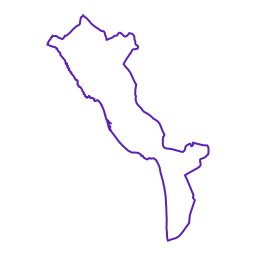 Aceh Selatan, Aceh, Indonesia (Albers equal-area conic projection)
{"feature_id": "22746128B12428400263117", "entity_name": "Aceh Selatan", "entity_type": "district", "adm_level": 2, "iso_a3": "IDN", "parent_name": "Indonesia", "parent_adm1": "Aceh", "projection": "albers", "projection_center": [97.405, 3.07], "detail": "fine", "context": "isolated", "style": "outline", "palette": "violet", "viewbox_px": 256, "rotation_deg": 0, "n_neighbors": 0, "source": "geoboundaries", "source_scale": "gbopen_adm2", "svg_char_len": 5619}
<svg xmlns="http://www.w3.org/2000/svg" viewBox="0 0 256 256"><path d="M47.7,43.8L47.5,44.7L52.5,46.6L53.5,46.9L54.2,46.9L55.2,47.2L56.2,47.8L56.4,48.1L56.3,48.5L56.4,48.8L56.6,48.8L57.0,48.6L57.3,48.8L57.7,50.2L58.2,51.1L58.7,51.7L59.6,52.3L60.1,52.7L60.4,53.9L60.3,54.8L60.5,55.1L60.8,55.3L61.5,56.3L62.2,56.9L63.7,59.0L64.2,59.4L65.0,60.5L65.1,61.1L65.6,62.2L66.0,62.7L66.0,63.0L65.6,63.3L65.6,63.6L65.7,63.8L66.0,63.8L66.4,63.5L66.7,63.4L67.0,63.6L66.9,64.5L67.0,65.4L67.8,65.7L67.9,66.2L67.9,66.5L67.4,67.0L67.5,67.4L67.7,67.9L68.6,68.5L69.2,68.5L69.2,68.8L69.0,69.2L69.0,69.6L68.9,70.0L69.1,70.0L69.1,70.3L69.6,70.7L69.9,70.8L70.2,71.1L70.5,71.4L70.7,71.8L70.6,72.1L70.9,72.2L71.0,72.3L71.5,72.9L71.4,73.3L71.5,73.6L71.4,73.8L72.2,74.4L72.8,75.1L73.7,76.4L74.0,76.8L74.5,77.7L74.5,77.9L75.0,78.3L75.1,78.9L75.3,79.1L75.5,79.3L76.2,79.0L75.7,79.2L75.6,79.6L76.4,79.9L76.4,80.1L76.6,80.3L77.1,80.3L77.7,81.0L77.7,81.9L77.5,82.7L77.6,84.2L77.6,84.4L78.4,85.1L78.4,86.1L78.8,86.7L79.6,86.8L80.7,87.5L81.5,88.6L82.5,91.2L83.6,92.4L83.8,92.8L83.6,93.7L83.7,94.2L84.9,94.6L85.2,95.2L85.2,96.2L85.7,96.6L86.0,97.1L86.4,97.4L86.8,97.7L87.2,97.7L87.5,97.6L87.6,97.0L88.6,96.8L88.8,96.7L88.9,96.1L89.2,96.0L89.8,96.7L89.9,97.5L90.8,98.1L91.1,98.1L91.7,97.8L92.2,97.8L92.7,98.0L93.5,98.8L94.3,99.1L94.1,99.5L94.1,100.0L94.4,100.7L94.6,101.0L95.7,101.0L96.0,100.9L96.7,100.3L97.3,100.4L98.0,100.3L99.3,101.7L100.2,102.9L101.2,104.4L101.4,104.5L101.3,104.9L101.6,105.2L101.9,106.0L102.3,106.6L102.6,107.7L103.3,108.7L103.5,109.9L104.1,111.1L104.8,114.1L105.3,115.0L105.1,115.4L105.4,115.9L105.9,118.0L106.9,120.6L107.1,120.9L107.4,120.8L107.4,120.3L107.5,120.2L107.9,120.6L109.0,121.6L109.4,122.9L110.5,123.1L110.6,123.3L109.4,123.3L108.8,123.7L108.8,123.2L109.0,122.6L108.8,122.1L108.4,121.8L108.1,121.9L107.9,122.2L108.0,122.4L108.4,122.5L108.7,122.9L108.2,122.9L107.7,122.5L107.5,122.0L107.2,121.7L108.7,125.9L109.7,125.9L110.3,126.7L110.3,127.2L110.2,127.3L109.5,127.3L109.2,127.1L109.1,127.4L109.3,127.9L109.9,128.7L110.1,129.3L110.4,129.6L110.6,129.9L110.4,130.1L110.5,130.5L113.5,134.3L118.9,141.6L122.8,145.8L126.9,149.6L128.1,150.6L131.8,152.5L134.5,152.5L137.6,152.8L138.4,153.0L140.4,154.2L141.4,155.4L141.5,155.9L142.1,155.9L142.5,155.7L142.8,155.9L143.0,156.2L143.0,156.4L144.3,158.1L145.7,158.7L146.3,159.0L147.2,159.4L147.7,159.3L148.8,158.3L149.3,158.2L149.9,158.2L151.1,158.7L151.5,158.6L153.2,158.3L153.8,158.4L154.3,158.6L156.0,160.1L156.0,159.9L157.9,163.4L159.1,166.1L159.8,168.1L160.4,172.0L162.9,181.0L163.9,186.0L164.3,187.5L164.6,189.7L165.2,193.3L165.6,196.0L166.3,208.1L166.5,215.4L166.7,217.8L166.7,219.7L166.5,227.6L166.8,231.2L167.1,236.8L167.5,239.4L167.9,240.6L168.9,240.4L171.7,239.3L175.3,238.3L176.7,237.6L178.6,236.5L179.8,235.4L182.2,232.6L186.1,227.1L189.1,223.1L189.8,215.2L192.3,207.6L194.8,200.4L194.8,200.2L192.9,197.6L193.5,195.2L193.4,194.9L190.2,187.2L187.2,179.9L186.3,177.9L185.7,176.9L185.0,175.2L188.9,172.9L197.1,168.3L198.8,167.3L200.0,166.0L200.6,165.2L200.6,163.0L200.2,162.1L200.1,161.5L200.1,159.7L200.3,159.4L200.5,159.1L201.4,158.7L203.1,158.2L205.0,157.3L206.8,155.6L207.5,155.1L208.0,154.4L208.5,152.9L208.5,152.0L208.5,149.2L208.3,147.2L207.9,146.4L207.1,145.4L205.6,145.4L202.5,145.1L194.1,143.0L193.1,142.6L192.9,142.9L193.1,143.3L193.2,143.8L192.8,145.3L191.6,146.3L191.4,146.2L191.1,145.8L190.7,144.2L190.4,143.9L190.0,143.8L189.4,143.9L186.7,145.4L185.9,146.1L185.5,146.8L185.3,148.3L184.9,149.5L184.4,150.6L183.0,151.8L182.4,151.9L181.1,151.7L179.3,151.1L176.3,150.4L173.1,149.4L170.4,148.9L166.2,148.4L165.3,148.1L164.3,147.6L163.9,147.2L163.0,145.5L162.8,144.1L162.9,140.8L162.8,140.3L162.9,138.4L163.0,137.3L164.1,135.8L164.3,135.4L164.4,134.8L164.2,134.2L162.8,131.5L161.1,127.3L160.6,125.9L159.8,124.2L159.0,122.9L157.7,121.3L157.0,120.8L156.1,120.3L154.9,119.4L153.2,118.5L151.8,117.0L149.1,114.7L146.3,113.0L145.0,112.4L143.9,111.7L142.5,110.2L140.6,107.6L138.7,105.8L136.9,103.5L136.4,102.5L135.7,99.5L135.6,98.6L135.9,97.0L135.8,95.8L135.7,95.4L135.3,94.9L135.1,94.1L135.3,92.4L135.2,91.8L135.4,90.5L135.4,89.4L136.0,86.0L136.2,84.4L135.3,83.2L133.4,79.3L130.4,72.7L128.0,69.4L126.0,67.3L123.6,64.2L123.7,63.8L126.3,59.3L130.8,52.7L132.6,49.6L133.3,49.3L134.4,49.3L137.1,48.8L137.5,48.6L137.9,47.7L138.0,46.6L137.8,45.9L136.4,45.1L136.0,44.8L135.4,43.7L135.3,42.6L135.3,41.3L135.2,40.9L134.4,39.3L134.4,37.0L134.0,35.9L133.6,35.2L133.1,34.6L132.3,33.9L131.1,33.5L129.2,33.2L129.0,33.3L128.5,34.2L127.8,35.0L127.2,35.7L125.6,36.4L124.7,36.5L124.1,36.2L122.6,34.6L122.0,34.2L120.7,33.0L120.3,32.8L119.3,32.8L118.8,33.0L118.5,33.3L117.3,35.1L117.0,35.3L116.6,35.6L114.7,35.8L114.4,35.9L113.4,36.9L112.4,37.5L107.7,39.5L106.5,39.8L106.4,39.7L106.5,38.6L106.2,37.6L105.2,35.0L104.8,33.0L104.2,31.9L104.0,31.6L103.3,31.2L101.2,30.9L98.1,28.7L93.9,25.9L91.2,23.5L89.3,21.1L86.8,18.4L84.2,16.5L83.0,15.4L82.5,16.4L81.0,17.3L80.4,20.0L79.9,23.6L79.6,24.3L79.4,24.6L78.7,25.1L77.4,25.7L76.5,26.3L75.3,27.3L72.8,29.5L70.8,31.8L67.7,34.7L66.2,35.7L65.6,35.8L64.7,35.9L64.3,37.0L63.1,38.6L62.5,39.0L61.7,38.9L60.8,38.4L59.7,38.1L57.5,37.0L56.9,36.3L55.8,36.0L54.6,36.1L52.4,35.8L52.2,36.3L52.1,36.9L51.7,37.1L51.7,36.9L51.2,37.5L50.8,38.1L50.6,39.0L49.9,39.7L49.1,40.8L48.7,41.6L48.2,42.4L47.9,43.7L47.8,43.9L47.7,43.8ZM110.2,127.1L110.2,126.7L109.5,126.0L109.1,126.1L108.8,126.3L109.1,127.0L110.0,127.2L110.2,127.1ZM110.1,130.0L110.2,129.8L110.1,129.5L109.8,129.1L109.2,127.9L108.9,127.7L109.6,129.7L109.9,130.0L110.1,130.0ZM108.1,121.2L107.6,121.1L107.4,121.2L107.6,121.5L107.9,121.3L108.1,121.4L108.1,121.2Z" fill="none" stroke="#5b21b6" stroke-width="2"/></svg>